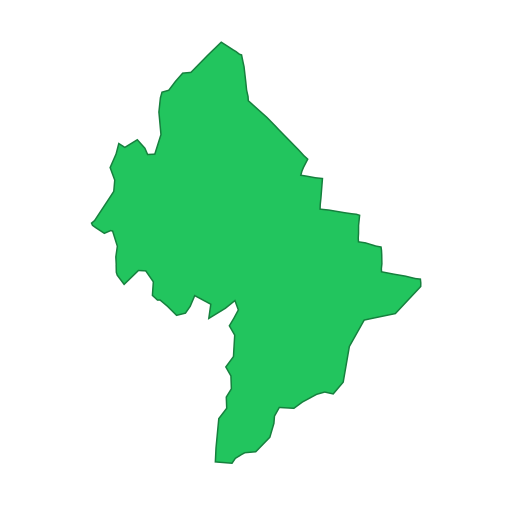 outline of Al-Namaniya, Wasit, Iraq, rotated 186°
{"feature_id": "34846034B89044527210900", "entity_name": "Al-Namaniya", "entity_type": "district", "adm_level": 2, "iso_a3": "IRQ", "parent_name": "Iraq", "parent_adm1": "Wasit", "projection": "equal_earth", "projection_center": [45.52, 32.446], "detail": "fine", "context": "isolated", "style": "filled", "palette": "green", "viewbox_px": 512, "rotation_deg": 186, "n_neighbors": 0, "source": "geoboundaries", "source_scale": "gbopen_adm2", "svg_char_len": 1870}
<svg xmlns="http://www.w3.org/2000/svg" viewBox="0 0 512 512"><g transform="rotate(186 256 256)"><path d="M312.9,465.0L325.8,449.6L325.6,449.8L339.9,431.8L347.0,430.4L348.0,430.2L354.3,421.3L360.1,411.7L366.6,409.1L367.6,403.3L367.6,389.0L363.2,366.8L367.3,346.7L374.4,345.6L377.8,351.6L386.2,359.2L397.8,350.3L404.2,353.5L405.8,342.8L410.3,328.7L404.4,316.7L404.2,305.4L407.6,298.7L420.2,274.4L423.0,271.5L421.8,269.4L418.3,267.4L409.2,262.7L403.2,266.1L401.2,265.8L394.9,251.2L395.3,240.5L394.1,232.8L394.1,232.2L393.2,225.2L392.0,222.4L384.2,214.0L371.4,229.3L364.1,229.7L355.4,219.6L354.9,206.0L349.4,201.9L346.8,202.2L338.7,196.7L328.8,188.7L320.2,191.8L316.2,199.1L312.8,210.2L295.9,203.3L296.4,189.0L281.0,200.8L272.3,209.5L267.9,200.5L271.6,191.5L275.2,183.8L269.7,176.2L268.9,175.1L267.9,153.6L274.4,142.5L268.4,134.1L266.6,121.3L270.8,112.6L269.2,101.5L276.0,90.4L275.7,60.9L274.9,47.0L265.8,47.2L258.2,47.4L255.4,52.6L249.6,57.1L246.5,59.2L235.8,61.3L223.3,77.2L220.7,91.4L220.9,98.7L217.0,107.8L202.4,108.5L194.5,115.7L181.2,124.8L173.4,127.9L164.8,126.9L156.1,139.7L153.7,175.8L141.7,203.6L134.3,206.0L116.5,211.7L111.4,213.3L89.0,242.9L89.3,246.4L90.1,250.2L95.0,250.2L97.4,250.5L105.5,251.6L116.7,252.3L129.5,253.4L130.0,256.5L130.0,261.4L131.1,270.4L131.8,274.8L132.6,278.0L137.9,278.4L148.6,280.5L155.6,280.8L156.2,284.7L156.4,289.2L157.2,297.2L157.2,307.3L160.6,308.0L165.0,308.0L172.6,308.3L188.3,309.3L197.2,309.3L197.5,313.9L197.5,320.5L198.0,340.0L200.1,340.0L205.0,340.0L214.2,340.7L219.9,341.0L219.2,345.2L218.1,349.0L214.7,357.7L218.9,360.8L224.9,366.1L229.9,370.2L233.5,373.2L240.9,379.3L246.8,384.2L249.2,386.3L259.7,395.0L268.9,401.6L279.9,409.6L280.6,413.8L282.7,420.0L284.3,427.7L287.7,443.0L289.0,446.9L291.4,454.5L293.5,454.9L297.4,457.3L300.5,458.7L307.9,462.5L312.9,465.0Z" fill="#22c55e" stroke="#15803d" stroke-width="1.5"/></g></svg>